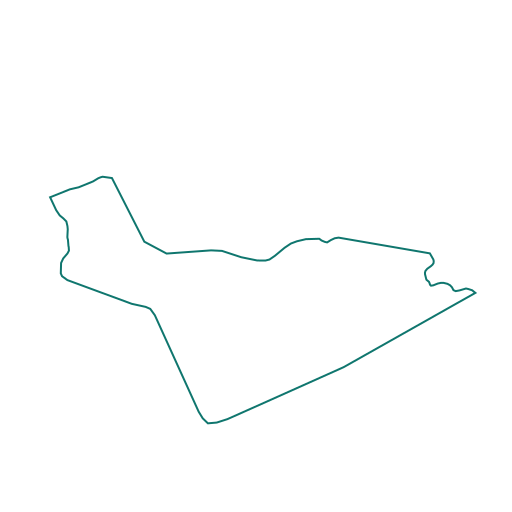 SVG path tracing the border of Southern Highlands, rotated 336°
{"feature_id": "PNG-1246", "entity_name": "Southern Highlands", "entity_type": "Province", "adm_level": 1, "iso_a3": "PNG", "parent_name": "Papua New Guinea", "parent_adm1": "", "projection": "mercator", "projection_center": [143.455, -5.902], "detail": "fine", "context": "isolated", "style": "outline", "palette": "teal", "viewbox_px": 512, "rotation_deg": 336, "n_neighbors": 0, "source": "natural_earth", "source_scale": "10m", "svg_char_len": 1214}
<svg xmlns="http://www.w3.org/2000/svg" viewBox="0 0 512 512"><g transform="rotate(336 256 256)"><path d="M91.8,118.6L113.1,119.4L121.9,121.1L137.4,121.6L143.6,120.8L146.1,120.9L148.1,121.2L156.1,126.2L159.8,197.5L175.3,217.4L217.3,232.6L227.0,237.5L242.0,251.1L255.3,260.6L262.8,264.0L266.9,264.7L273.4,263.5L285.5,260.1L293.0,258.8L299.4,259.2L308.4,260.9L320.8,266.0L322.2,268.5L324.6,271.1L326.5,272.5L330.9,271.9L335.1,271.8L338.9,272.8L415.9,324.3L416.6,331.3L416.3,332.9L415.3,334.7L413.8,335.7L411.7,336.4L407.3,337.3L404.8,338.5L403.6,339.9L403.0,341.4L402.1,346.5L402.1,347.1L402.7,348.3L403.5,349.9L403.5,351.3L403.3,353.0L403.8,354.3L406.0,354.9L410.9,355.1L413.8,355.7L416.5,356.9L419.6,359.3L421.4,361.7L422.3,364.3L422.5,367.5L424.1,369.3L427.8,370.2L434.6,371.1L436.5,372.5L439.5,375.2L441.4,378.9L290.8,393.2L190.5,393.4L163.5,393.4L152.4,392.2L144.0,389.3L141.3,382.6L140.3,374.9L139.5,269.0L137.9,261.3L134.5,257.6L123.1,249.2L73.9,201.3L70.6,195.6L70.6,192.5L75.1,183.1L78.9,179.8L84.8,177.0L87.3,175.0L88.6,171.5L88.7,170.7L90.8,164.7L91.1,162.8L91.4,161.9L94.9,155.0L95.9,152.0L96.8,147.3L95.3,143.3L93.2,139.1L92.1,132.9L91.8,118.6Z" fill="none" stroke="#0f766e" stroke-width="2"/></g></svg>